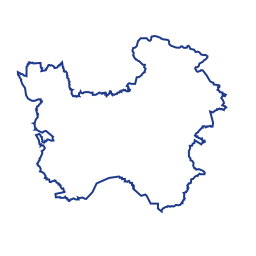 Tepatitlán de Morelos, Jalisco, Mexico, rotated 82°
{"feature_id": "50627088B2236724736063", "entity_name": "Tepatitlán de Morelos", "entity_type": "district", "adm_level": 2, "iso_a3": "MEX", "parent_name": "Mexico", "parent_adm1": "Jalisco", "projection": "natural_earth1", "projection_center": [-102.733, 20.817], "detail": "fine", "context": "isolated", "style": "outline", "palette": "blue", "viewbox_px": 256, "rotation_deg": 82, "n_neighbors": 0, "source": "geoboundaries", "source_scale": "gbopen_adm2", "svg_char_len": 5743}
<svg xmlns="http://www.w3.org/2000/svg" viewBox="0 0 256 256"><g transform="rotate(82 128 128)"><path d="M54.5,197.4L54.5,197.9L57.8,200.2L58.0,201.1L59.3,201.3L59.6,205.8L56.7,204.6L56.1,205.9L51.4,205.6L50.9,212.7L50.1,213.1L50.2,214.6L49.3,215.9L49.3,217.1L50.6,216.9L50.9,218.6L52.5,218.7L53.2,219.9L62.5,221.3L61.8,222.4L61.8,223.5L60.0,225.0L59.8,226.4L59.4,226.4L57.3,229.3L60.0,229.5L61.1,228.4L61.8,228.6L65.4,227.0L65.7,227.4L69.6,226.6L74.1,224.4L81.3,224.4L85.0,222.9L87.7,219.3L88.1,216.4L87.1,213.0L87.4,210.6L88.5,210.8L88.9,209.7L89.5,209.5L90.2,209.8L89.8,210.4L91.5,211.2L92.5,212.9L93.9,213.8L94.0,215.0L95.7,215.8L96.3,215.6L96.6,216.4L97.7,215.8L98.0,216.4L100.7,216.0L101.2,215.3L101.8,215.7L102.4,215.3L102.8,216.0L104.7,215.8L106.7,218.1L110.0,219.7L110.2,221.0L111.0,219.8L112.5,220.1L115.5,219.9L115.7,219.3L116.6,220.3L116.6,219.4L119.2,216.0L120.7,213.3L119.7,211.8L119.4,209.7L126.1,203.6L126.3,204.0L128.3,204.1L130.0,203.6L129.9,205.7L128.1,209.0L128.3,209.7L129.8,210.8L129.1,211.8L130.8,212.9L130.7,213.5L129.5,214.9L128.2,214.3L126.8,214.8L125.0,214.5L124.3,215.6L123.1,215.6L121.6,216.6L122.2,220.1L127.5,218.0L131.8,217.8L132.0,216.1L132.9,216.1L132.8,216.8L133.6,217.0L133.3,216.5L133.4,214.3L136.4,213.1L138.3,215.0L138.9,216.7L141.0,216.3L144.9,218.7L146.1,220.0L147.3,219.7L148.1,220.9L149.1,221.3L150.6,222.9L151.4,222.3L152.4,222.6L153.6,221.1L156.1,220.2L157.7,220.4L158.8,221.2L159.6,219.2L161.4,217.4L164.3,216.2L165.8,217.3L166.3,215.5L167.6,215.9L167.9,213.3L170.6,213.0L170.8,212.2L170.3,211.0L170.1,208.4L169.6,207.9L170.3,207.0L172.1,206.4L173.1,204.5L174.2,204.7L174.3,203.6L175.2,203.5L175.5,202.7L176.5,203.1L178.9,202.0L178.8,200.5L181.6,200.3L182.0,199.7L182.6,199.8L183.2,209.0L186.6,209.1L187.0,204.8L187.7,204.7L188.0,203.4L188.2,201.0L187.7,200.2L188.1,199.8L187.7,199.6L189.0,199.0L188.8,198.4L189.1,198.0L190.4,197.9L190.5,197.2L192.0,196.8L192.1,196.0L190.7,194.8L190.9,194.0L190.1,191.7L191.5,189.7L191.9,186.9L189.9,187.2L190.7,186.1L190.5,182.7L192.1,180.5L192.4,179.3L186.6,172.1L178.5,166.8L174.8,153.7L174.8,143.6L175.4,142.9L176.2,143.0L176.4,140.8L177.8,141.0L178.0,138.2L180.5,138.7L180.8,135.8L181.1,135.8L180.5,134.4L182.6,133.6L182.9,131.7L184.9,132.0L185.0,131.1L185.9,131.2L186.0,130.3L187.9,130.5L187.8,131.2L188.8,131.3L197.0,124.4L196.3,120.1L197.6,119.0L206.0,116.1L207.1,108.8L211.9,109.6L215.4,106.3L214.0,106.0L212.7,104.8L211.3,101.3L211.5,99.9L210.8,99.2L211.9,97.2L211.3,96.0L212.1,93.7L210.8,91.0L211.5,89.4L211.4,87.0L209.3,85.1L209.9,84.5L207.3,83.6L206.8,82.2L206.2,82.3L205.5,81.6L204.6,82.2L201.0,81.4L200.0,81.9L199.6,79.4L199.0,79.3L198.6,78.4L196.9,77.2L196.2,77.5L195.7,76.6L194.9,77.3L193.9,76.8L193.2,77.3L192.1,76.1L192.8,76.1L191.6,75.8L191.1,73.4L187.6,72.6L187.5,70.6L185.3,68.2L184.8,66.3L185.1,65.6L184.2,65.0L183.2,63.4L183.9,62.6L184.4,58.7L182.9,58.2L181.1,59.4L178.6,63.4L178.7,64.1L177.9,64.3L178.5,64.4L178.7,66.3L177.4,66.7L177.4,67.8L174.4,68.7L171.7,67.9L169.6,68.9L168.7,70.6L166.6,70.4L164.9,71.6L159.5,71.0L156.7,69.3L154.2,69.3L154.5,67.1L152.5,66.1L152.2,64.4L149.4,63.6L154.4,57.7L153.4,56.9L152.4,53.8L151.1,54.0L151.1,56.1L148.6,56.2L148.9,57.6L148.1,58.2L147.9,59.3L147.0,59.9L146.7,60.8L145.9,60.5L145.6,62.1L144.8,62.8L142.7,61.1L141.9,59.1L141.2,58.8L138.0,54.7L138.1,54.0L136.8,53.9L136.8,52.0L138.2,50.9L137.4,49.6L137.8,49.4L137.3,46.2L138.3,45.6L138.4,44.1L134.7,43.0L123.1,44.4L124.4,41.8L122.8,39.1L122.5,37.1L121.7,37.0L122.0,36.3L121.5,34.8L122.0,34.4L122.0,33.2L122.5,33.0L122.3,32.3L123.6,30.5L122.0,29.5L121.3,27.9L120.0,28.8L118.7,31.5L116.6,29.4L113.8,30.1L111.2,31.5L109.2,29.5L110.0,27.6L108.6,26.5L107.5,28.6L107.7,29.7L106.0,29.5L105.3,32.1L104.2,32.3L102.7,34.0L102.1,33.1L100.2,33.3L100.2,31.9L98.8,31.5L98.3,32.0L96.8,37.1L95.0,37.1L94.7,38.3L93.2,40.2L86.9,42.8L81.6,45.8L80.8,47.4L81.6,48.6L82.0,51.3L81.1,52.2L78.6,53.2L77.3,52.6L77.5,51.0L76.6,49.4L74.1,48.3L72.8,44.5L71.7,43.7L71.0,41.8L69.2,39.6L68.0,39.3L66.5,41.0L66.3,42.9L65.5,45.2L63.0,46.8L62.1,48.3L62.2,50.5L59.7,51.6L58.3,55.3L55.9,55.9L55.0,56.8L55.2,57.7L56.6,58.5L56.5,61.4L54.5,63.3L54.6,64.1L55.5,65.2L55.6,66.5L55.0,69.3L52.4,74.1L50.7,75.5L48.0,75.3L46.7,75.8L46.0,77.2L45.1,80.9L43.9,82.9L43.2,83.3L41.0,87.5L40.6,88.9L40.8,92.0L43.9,93.0L44.7,94.1L44.5,94.9L43.6,95.9L41.7,97.0L40.9,102.9L43.4,106.0L48.2,108.0L49.4,109.8L49.5,111.8L52.2,112.9L54.4,111.9L56.6,112.7L57.4,112.2L58.1,112.4L61.3,110.7L61.3,110.1L62.9,108.7L63.4,107.6L67.4,104.5L67.8,102.5L70.0,103.6L71.7,102.3L74.5,103.9L74.9,103.6L75.9,105.7L77.5,107.2L79.0,109.7L79.0,112.3L85.3,114.8L84.7,118.7L83.8,120.5L84.7,122.2L86.4,123.3L86.8,122.1L88.0,121.9L87.8,122.2L89.2,122.5L90.4,120.7L91.4,121.2L91.7,122.4L91.2,123.0L91.6,123.6L90.7,125.2L89.9,125.5L90.2,126.5L89.5,127.1L90.1,128.0L90.1,129.5L91.4,129.6L90.6,131.0L91.7,131.8L91.5,133.4L92.7,134.2L92.5,134.6L93.2,137.1L92.6,138.2L93.3,138.8L92.5,139.3L92.0,138.9L91.1,139.9L89.5,139.8L89.0,140.6L91.6,142.0L93.4,144.8L91.1,144.9L91.5,145.8L89.8,145.6L89.8,147.8L90.2,147.7L90.5,149.1L88.9,151.2L90.6,155.3L90.3,158.3L88.0,158.2L88.0,160.0L87.1,161.7L86.6,164.3L86.6,166.8L87.4,167.9L86.8,169.4L85.4,169.9L86.2,170.2L86.8,171.7L88.6,172.0L89.0,172.5L89.7,172.0L89.4,173.5L89.9,174.4L88.9,175.3L89.3,176.3L88.6,177.1L88.8,178.0L86.1,179.1L82.8,178.4L82.5,177.9L82.1,179.6L81.4,179.8L81.2,179.2L80.0,180.3L77.6,180.2L76.9,179.7L75.8,180.2L74.0,179.4L73.0,180.2L70.8,180.0L69.7,181.3L67.7,180.6L67.3,181.1L64.9,180.8L63.2,181.8L63.4,183.2L62.7,183.7L60.9,183.3L59.5,184.1L58.8,183.6L58.1,184.1L53.8,184.1L54.9,185.5L55.6,185.6L55.8,187.1L56.7,187.1L56.7,188.3L58.2,189.6L58.5,192.0L58.2,192.6L57.2,192.6L56.2,193.4L55.1,195.3L55.4,196.3L54.5,197.4Z" fill="none" stroke="#1e3a8a" stroke-width="2"/></g></svg>